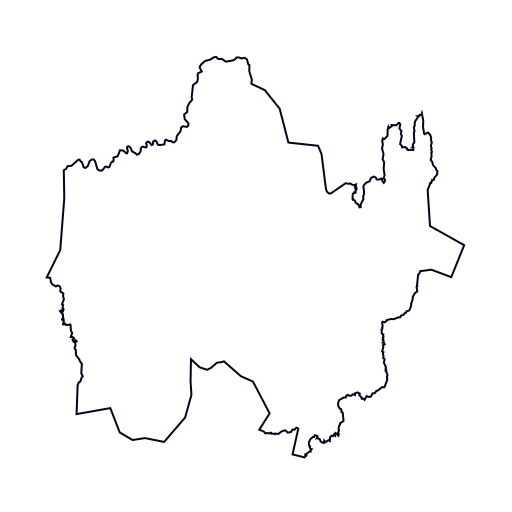 Cagaan-Uul, Hövsgöl, Mongolia, rotated 276°
{"feature_id": "93677404B10407015585804", "entity_name": "Cagaan-Uul", "entity_type": "district", "adm_level": 2, "iso_a3": "MNG", "parent_name": "Mongolia", "parent_adm1": "Hövsgöl", "projection": "natural_earth1", "projection_center": [98.66, 49.521], "detail": "fine", "context": "isolated", "style": "outline", "palette": "ink", "viewbox_px": 512, "rotation_deg": 276, "n_neighbors": 0, "source": "geoboundaries", "source_scale": "gbopen_adm2", "svg_char_len": 6002}
<svg xmlns="http://www.w3.org/2000/svg" viewBox="0 0 512 512"><g transform="rotate(276 256 256)"><path d="M331.1,73.1L331.6,71.9L333.3,70.5L333.1,69.1L326.4,63.0L325.6,59.2L322.7,58.0L321.2,55.9L293.0,59.3L241.5,60.7L212.8,50.1L212.8,53.6L208.6,54.8L206.6,56.2L204.8,60.2L206.0,61.7L205.2,64.2L202.9,65.2L200.8,64.9L199.7,65.6L199.4,67.3L198.4,68.4L196.0,68.3L192.8,69.5L187.7,68.1L187.1,69.3L184.0,69.0L183.0,70.2L180.7,69.7L181.7,68.1L180.8,66.8L177.5,70.2L174.7,70.4L173.2,71.3L172.8,71.0L173.1,69.9L172.5,69.7L171.3,71.7L167.9,71.2L167.8,72.0L168.9,73.0L167.5,74.4L168.4,78.4L168.0,78.8L162.5,79.7L160.3,81.2L156.1,80.3L156.2,82.1L155.3,83.7L154.8,83.8L153.8,82.3L151.6,83.5L151.5,84.2L153.2,85.3L153.3,85.9L152.3,86.5L151.1,85.0L148.0,85.9L145.8,85.2L144.6,85.6L143.8,86.6L138.5,87.4L134.7,91.1L133.4,91.5L130.5,94.1L121.1,94.5L118.2,96.3L117.0,95.3L112.8,94.4L111.6,92.9L108.5,92.1L80.0,94.1L89.5,127.0L66.3,138.9L60.1,152.5L63.3,164.6L61.5,184.1L88.0,202.4L111.2,206.3L123.8,204.1L146.6,202.1L139.5,211.5L137.7,219.3L140.2,223.1L145.8,228.3L146.9,233.1L147.9,235.1L134.9,253.5L130.8,266.1L100.9,286.0L83.6,277.4L82.3,282.0L80.5,284.0L81.1,285.6L80.9,288.3L81.7,288.7L81.8,289.7L80.9,290.2L81.2,293.0L80.8,293.5L81.4,293.9L81.4,296.9L83.9,299.4L85.6,302.7L85.5,303.9L83.7,305.8L83.9,307.1L84.9,309.5L87.1,310.3L87.4,312.5L89.5,314.0L89.2,315.4L88.7,316.1L62.5,313.1L60.8,325.2L62.6,326.8L63.0,325.8L63.9,325.7L64.4,326.9L67.3,329.7L67.2,330.8L68.8,330.7L69.7,331.5L69.9,330.6L71.1,329.4L72.4,329.7L73.4,328.4L76.4,328.1L79.6,329.3L82.1,331.7L82.2,332.7L83.8,333.2L83.5,335.7L82.9,336.2L81.0,335.4L81.3,336.4L80.8,337.0L80.7,338.4L78.4,339.6L77.3,341.5L77.2,343.0L79.5,343.1L78.1,344.4L80.4,347.4L79.7,348.8L83.7,348.7L85.3,350.1L84.9,351.6L86.7,352.3L85.9,353.3L87.5,353.0L88.3,353.5L85.9,356.7L87.6,357.0L88.7,356.0L91.3,356.8L92.7,356.2L96.1,356.4L97.1,357.2L98.3,357.0L101.1,360.3L109.3,358.6L109.8,357.3L112.5,356.8L112.8,355.5L115.4,353.5L117.8,353.0L121.2,353.6L124.4,357.9L124.7,360.1L126.6,360.5L127.5,361.6L126.8,362.9L127.1,365.5L128.6,366.7L128.1,369.0L129.9,368.9L130.9,371.2L130.0,373.6L128.5,373.2L126.5,375.6L125.1,376.1L125.3,377.5L124.3,379.0L128.3,380.7L127.6,382.3L128.1,384.9L131.6,386.3L132.1,388.5L134.4,389.8L134.8,391.0L138.9,395.3L138.7,397.0L139.3,397.6L146.7,399.5L149.7,398.8L151.0,399.3L154.6,397.7L155.4,396.8L156.5,397.5L157.4,396.6L158.8,396.9L163.4,394.3L166.7,394.7L168.0,393.1L169.3,393.4L172.4,392.3L173.7,392.8L174.4,391.4L179.1,392.2L180.5,391.5L181.7,393.2L183.0,392.1L183.1,391.2L184.3,392.1L185.6,390.7L186.6,391.4L187.7,390.6L188.8,391.3L189.8,390.6L191.3,390.9L191.9,389.2L196.1,388.6L196.9,389.3L198.1,388.9L199.1,389.4L203.1,388.3L203.9,389.0L203.5,390.9L204.9,392.4L205.7,392.4L207.4,396.5L207.6,399.8L209.7,403.5L210.1,405.8L211.8,406.4L213.1,409.1L215.0,410.1L215.3,411.1L216.6,411.4L218.0,414.2L222.6,415.5L224.4,415.2L229.5,416.4L231.4,416.1L235.7,417.9L237.7,420.1L242.2,418.9L243.0,419.6L243.7,419.2L254.4,419.2L255.9,420.4L258.1,420.9L260.7,431.9L255.4,452.4L288.5,461.9L304.0,425.9L339.8,419.8L346.3,421.7L346.6,422.3L347.1,421.8L348.7,423.3L350.1,423.2L350.5,425.1L352.4,425.1L355.7,427.5L359.4,427.6L360.5,426.2L362.3,425.5L365.0,422.5L368.1,421.4L369.8,419.7L373.5,420.2L376.9,419.6L377.9,420.1L380.3,419.0L381.3,419.4L383.9,418.4L387.4,419.0L389.3,417.9L392.3,417.8L395.0,416.3L396.8,414.1L394.7,410.9L395.0,410.5L401.9,408.6L408.1,408.2L415.3,406.0L414.4,405.8L413.3,404.6L413.3,403.9L412.3,403.7L412.0,402.3L411.7,402.9L406.6,400.2L404.4,399.9L402.3,400.3L400.6,399.5L396.8,400.6L395.8,400.0L385.4,401.6L383.4,400.3L381.5,400.7L380.4,400.0L380.3,401.3L377.8,401.3L377.7,397.6L377.2,396.4L377.4,395.6L378.8,395.0L378.7,394.3L380.0,393.2L379.3,390.0L380.7,389.6L382.4,387.6L390.8,388.5L392.4,387.3L395.4,387.6L397.8,385.3L401.9,385.7L403.3,384.7L403.3,383.9L400.7,381.9L400.4,377.1L399.4,377.5L397.2,375.1L398.5,374.2L395.6,373.7L389.3,374.2L385.8,371.6L385.4,370.8L386.1,369.8L383.5,369.5L380.4,370.5L376.0,370.1L370.8,372.2L365.4,371.8L362.6,373.7L356.4,373.8L349.8,375.4L346.5,374.9L345.2,376.4L344.0,376.5L342.1,375.4L343.3,374.2L346.2,372.7L344.9,370.3L344.8,368.0L346.6,366.9L347.3,364.9L345.7,362.3L342.1,361.1L340.7,358.4L338.3,356.1L336.0,355.5L332.3,356.6L328.5,356.9L326.4,356.3L323.8,356.9L318.3,354.7L315.5,355.0L315.2,353.9L318.0,352.3L319.4,349.5L321.0,348.8L322.7,346.8L322.2,346.4L322.6,346.1L327.6,345.7L329.5,346.9L328.9,347.8L329.3,348.4L331.2,348.2L333.2,349.1L334.9,348.5L333.5,347.8L334.6,347.3L337.6,347.9L336.7,346.1L337.0,344.0L338.0,342.3L337.5,340.8L337.7,337.5L325.9,323.7L325.9,321.7L327.4,319.9L329.4,318.7L364.2,310.5L372.1,306.2L372.2,276.4L405.0,264.1L421.9,247.4L426.6,233.8L427.6,233.2L430.5,233.6L439.0,230.0L445.2,229.5L445.8,228.3L450.7,226.4L451.9,223.7L450.9,221.0L451.6,218.8L451.5,216.1L449.3,214.4L448.2,212.8L446.1,205.8L448.5,201.4L448.0,198.5L448.3,197.2L449.7,195.9L449.6,194.5L449.0,193.0L446.6,190.1L444.7,185.1L441.4,182.0L438.7,180.3L437.5,180.3L433.8,182.8L431.7,179.3L430.3,178.9L426.1,179.7L423.0,179.3L419.4,175.5L407.5,175.4L404.8,176.2L400.8,173.5L397.0,172.2L392.0,172.5L389.2,169.7L384.7,170.8L380.9,174.9L378.6,175.0L377.2,173.9L377.4,169.8L376.0,168.1L372.3,167.9L366.9,164.7L362.8,164.6L360.5,162.8L360.4,161.2L361.6,159.6L361.1,157.8L362.2,154.1L361.2,153.4L357.4,153.2L356.2,148.4L356.5,146.7L359.3,145.2L360.4,143.7L359.2,141.8L356.2,141.8L355.4,140.7L358.3,137.6L358.3,135.9L356.4,134.9L354.7,135.8L352.7,135.7L352.5,133.6L353.0,132.3L352.5,131.1L350.8,130.1L348.8,130.4L346.7,129.7L344.9,128.5L344.3,126.8L345.5,125.5L347.2,121.7L350.4,120.0L351.4,118.6L351.8,117.9L351.4,116.7L350.1,116.3L347.1,117.6L344.7,117.1L344.5,116.3L346.9,113.3L347.0,109.7L340.7,108.0L339.0,104.0L335.9,104.4L334.7,103.8L334.6,103.2L335.5,103.7L333.6,102.1L329.1,100.8L328.6,99.8L329.3,97.8L329.0,96.6L326.1,94.9L324.6,93.3L324.9,90.5L325.8,89.2L333.2,86.2L334.9,84.8L335.0,82.9L333.1,80.7L327.8,79.3L325.7,77.1L326.3,75.3L331.1,73.1Z" fill="none" stroke="#020617" stroke-width="2"/></g></svg>